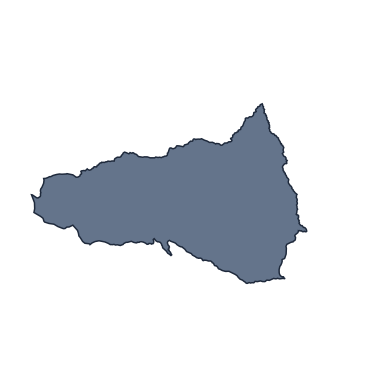 the district of Bolivar, Carchi, Ecuador, rotated 127°
{"feature_id": "8360857B4480682421183", "entity_name": "Bolivar", "entity_type": "district", "adm_level": 2, "iso_a3": "ECU", "parent_name": "Ecuador", "parent_adm1": "Carchi", "projection": "equal_earth", "projection_center": [-77.936, 0.473], "detail": "fine", "context": "isolated", "style": "filled", "palette": "slate", "viewbox_px": 384, "rotation_deg": 127, "n_neighbors": 0, "source": "geoboundaries", "source_scale": "gbopen_adm2", "svg_char_len": 6020}
<svg xmlns="http://www.w3.org/2000/svg" viewBox="0 0 384 384"><g transform="rotate(127 192 192)"><path d="M295.4,241.8L292.7,241.1L289.9,239.6L286.9,236.9L284.3,231.5L283.4,227.9L283.2,225.7L281.8,223.7L280.8,222.8L280.4,221.2L279.1,219.9L277.9,217.1L275.4,215.5L274.3,215.5L271.9,214.4L271.0,213.2L267.9,210.8L267.3,208.2L266.2,205.9L265.6,205.4L265.1,205.5L264.0,203.9L263.2,203.7L262.1,202.5L261.3,200.7L260.8,198.4L260.8,196.4L259.9,195.5L259.0,195.4L258.1,194.1L257.9,192.9L257.2,192.8L256.9,192.1L256.0,192.0L254.7,192.6L253.2,194.4L252.0,194.1L252.7,191.3L252.5,189.5L252.0,189.0L251.3,187.0L251.9,185.1L252.7,184.1L252.9,183.3L254.2,181.8L254.7,176.8L255.5,174.5L255.3,172.7L255.4,170.6L254.4,170.4L253.8,171.9L253.1,172.9L252.9,174.5L252.3,175.2L252.7,175.6L252.7,176.0L252.0,176.6L251.1,176.3L250.3,176.9L249.6,176.9L249.0,177.7L248.7,179.3L247.5,181.0L246.8,181.4L245.4,181.5L244.2,180.9L244.1,179.3L242.9,175.2L242.8,173.6L243.1,172.5L242.9,169.4L242.4,167.8L241.9,167.0L242.0,163.2L242.8,160.5L241.6,155.5L242.1,153.6L241.6,150.3L241.7,148.9L240.9,146.8L239.8,145.6L239.5,144.9L239.6,143.1L240.1,142.6L240.1,141.9L239.7,141.9L239.5,141.3L238.9,141.0L237.7,138.9L237.3,137.5L235.9,135.6L235.8,134.2L236.3,133.4L236.0,131.9L237.1,129.9L237.0,129.0L236.4,128.5L236.4,127.5L236.6,126.3L237.3,124.9L237.3,124.2L236.8,122.9L236.5,120.6L235.3,117.6L233.1,114.7L231.8,107.9L231.7,105.6L232.3,103.8L232.7,101.2L232.0,98.5L232.1,96.7L231.9,96.0L232.2,94.4L232.0,93.3L231.5,92.7L229.9,91.9L229.5,90.5L228.4,89.6L227.3,88.0L225.4,87.8L224.2,85.8L221.8,83.8L221.1,81.8L219.9,80.1L219.2,79.6L217.7,79.4L217.0,78.7L216.0,77.0L211.8,74.7L211.3,73.4L210.4,72.3L209.5,71.8L208.6,69.7L206.3,67.4L205.2,65.4L205.3,66.6L204.7,67.9L205.5,69.1L205.7,70.9L205.0,72.6L204.1,73.7L201.6,75.7L198.5,77.1L197.3,77.0L195.0,77.5L193.4,78.1L191.7,79.4L189.7,78.2L189.1,78.1L184.9,79.5L180.1,82.8L178.9,84.2L176.8,84.8L172.8,82.8L171.8,82.1L171.2,81.3L170.4,81.4L168.7,80.7L167.5,81.0L165.8,82.1L165.5,83.1L164.9,83.7L163.7,83.7L160.8,83.0L159.5,83.3L158.9,83.7L158.8,83.2L158.1,82.9L157.8,81.9L157.2,81.4L157.2,79.9L156.4,78.9L155.8,78.7L155.7,78.0L155.2,77.0L154.2,76.8L153.0,78.3L152.6,79.9L152.6,80.7L153.2,81.6L152.6,83.8L153.2,84.6L153.1,85.9L152.6,87.6L151.8,87.8L150.8,89.3L150.2,89.3L150.0,90.4L149.3,91.5L148.4,91.4L147.9,92.1L147.0,92.3L146.6,93.7L147.2,94.7L147.1,95.3L145.7,95.8L143.3,97.2L142.2,97.3L141.6,98.5L140.5,99.3L139.5,100.7L138.0,100.8L137.3,101.4L136.6,102.6L135.7,102.7L135.2,103.3L134.5,103.6L133.7,105.3L131.4,106.7L130.7,106.7L130.6,109.2L130.1,110.7L130.1,111.7L129.5,112.3L129.1,114.5L128.3,114.9L127.7,116.6L127.9,117.5L127.3,118.6L127.1,119.9L126.0,121.2L123.9,122.2L123.5,123.1L123.2,125.1L122.2,126.5L121.7,128.2L120.9,128.8L120.9,130.1L120.2,130.9L120.1,132.0L118.5,133.4L117.7,134.8L116.7,135.1L114.2,135.1L113.2,134.6L112.4,133.6L111.9,133.6L110.9,135.0L109.7,134.8L109.5,135.5L109.6,136.0L109.4,136.7L108.3,137.3L107.8,138.8L108.1,139.9L108.0,140.6L106.9,143.0L105.0,142.7L103.7,144.5L101.1,145.6L100.8,146.8L100.2,147.6L100.4,149.1L99.6,149.7L99.9,150.2L99.8,150.5L98.9,151.7L97.7,154.8L96.9,155.5L97.0,157.1L96.4,158.9L97.0,160.0L96.4,160.8L96.4,161.3L96.5,161.9L97.0,162.6L97.2,164.4L96.7,165.1L96.5,166.7L95.2,167.6L95.0,168.5L94.7,169.0L93.4,169.0L93.0,169.8L92.2,170.1L91.7,170.8L91.3,171.9L90.4,172.0L90.2,172.5L90.4,173.2L89.4,173.9L89.3,175.1L88.7,176.1L87.4,177.0L87.1,178.0L86.3,178.5L86.2,179.6L85.7,179.8L85.4,180.7L85.5,182.2L84.3,182.6L83.2,183.7L82.5,183.7L82.1,185.5L80.8,186.3L80.6,187.5L79.9,188.0L79.3,189.0L81.2,190.0L82.8,189.5L84.3,190.7L85.5,190.2L86.4,190.7L88.0,190.7L88.4,190.4L89.0,189.2L89.4,189.2L91.3,190.4L93.7,189.2L95.3,189.3L96.3,189.9L97.3,191.3L99.4,191.9L100.0,193.0L100.8,193.6L101.3,193.6L102.8,192.5L104.5,192.5L108.4,191.3L109.4,191.3L110.7,191.8L112.8,190.8L114.6,192.1L115.3,192.1L115.9,191.5L116.3,191.6L117.2,192.2L117.9,192.3L119.3,193.4L121.0,193.1L122.1,193.7L123.6,192.6L124.5,192.6L125.9,193.4L126.3,193.1L126.4,191.8L126.7,191.2L127.6,191.0L128.6,191.4L130.0,193.0L131.5,193.3L133.4,195.5L134.4,195.6L136.7,196.3L137.4,197.5L137.1,198.7L137.3,199.7L138.5,201.6L139.4,202.0L139.5,203.4L140.0,205.6L141.9,207.9L142.2,210.5L143.1,213.1L143.7,216.4L145.2,217.5L145.5,218.2L147.1,220.1L147.8,220.5L148.0,221.7L148.6,222.5L149.4,222.7L150.7,222.2L151.4,222.5L152.3,223.8L154.8,224.3L156.0,224.1L158.9,226.3L160.8,226.1L161.3,226.6L162.8,229.8L164.1,231.8L164.6,232.0L166.6,231.8L168.5,232.8L169.2,233.8L169.3,234.9L170.0,236.0L171.0,236.1L175.1,234.7L175.8,235.0L177.1,234.0L177.9,233.9L178.9,234.3L180.1,235.6L180.9,235.8L181.6,236.5L183.0,237.2L183.7,238.8L184.9,239.9L185.9,242.0L187.2,242.4L189.9,246.0L190.8,248.7L192.6,251.2L193.9,252.3L195.9,256.1L195.4,258.9L196.1,261.2L195.9,262.0L196.2,262.9L197.3,263.4L197.8,265.2L199.3,265.3L199.6,265.7L200.3,268.7L200.8,269.9L202.2,270.4L203.7,270.1L205.3,270.4L206.4,270.0L207.7,270.6L209.2,272.6L211.6,273.6L212.3,273.6L214.1,272.8L215.4,274.6L216.8,275.7L217.9,277.7L219.0,278.1L219.9,279.1L221.1,279.7L221.6,280.6L222.2,281.2L222.5,282.0L223.3,282.0L223.9,282.7L225.1,283.1L226.7,283.0L227.7,283.7L229.3,283.3L230.7,285.3L231.9,285.5L232.7,285.3L233.2,285.8L235.0,286.1L236.3,287.0L236.7,288.6L236.6,289.6L239.3,290.0L239.8,291.2L241.8,293.1L242.5,293.1L243.3,291.6L244.1,291.2L245.1,291.7L246.8,291.2L248.8,292.1L249.9,293.4L250.0,297.5L252.6,302.9L253.1,303.1L256.1,306.6L257.4,308.7L259.5,310.7L262.5,313.0L264.7,314.0L265.6,315.1L267.0,315.7L269.1,317.0L270.5,318.6L271.6,317.3L274.4,315.7L278.5,314.7L280.6,314.6L281.8,314.1L282.9,313.2L283.6,312.2L284.4,312.1L286.2,310.7L287.0,310.5L289.4,311.4L290.1,312.5L290.4,317.7L290.8,318.5L295.3,311.4L300.0,307.6L303.5,305.9L302.6,298.3L302.6,295.6L302.9,294.7L304.4,292.8L304.7,291.6L303.2,287.3L300.8,282.9L300.3,278.3L298.7,272.7L297.7,271.5L295.3,270.8L293.9,269.1L290.2,267.2L291.6,260.3L293.2,258.0L295.2,255.8L295.6,254.0L297.3,249.6L297.4,246.7L295.3,243.1L295.1,242.3L295.4,241.8Z" fill="#64748b" stroke="#1e293b" stroke-width="1.5"/></g></svg>